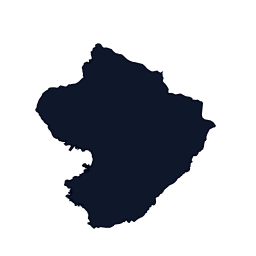 Kota Palopo, Sulawesi Selatan, Indonesia (orthographic projection), rotated 159°
{"feature_id": "22746128B54354608226928", "entity_name": "Kota Palopo", "entity_type": "district", "adm_level": 2, "iso_a3": "IDN", "parent_name": "Indonesia", "parent_adm1": "Sulawesi Selatan", "projection": "orthographic", "projection_center": [120.171, -2.987], "detail": "fine", "context": "isolated", "style": "filled", "palette": "ink", "viewbox_px": 256, "rotation_deg": 159, "n_neighbors": 0, "source": "geoboundaries", "source_scale": "gbopen_adm2", "svg_char_len": 5841}
<svg xmlns="http://www.w3.org/2000/svg" viewBox="0 0 256 256"><g transform="rotate(159 128 128)"><path d="M207.4,97.6L207.1,97.1L205.5,96.0L205.0,93.5L202.4,92.6L202.5,91.5L204.3,90.2L204.2,89.4L203.2,89.1L203.1,88.7L203.5,88.2L204.2,88.1L205.4,88.8L206.0,88.9L206.4,88.7L206.3,88.3L205.7,88.1L204.7,87.0L204.6,86.4L205.2,86.0L207.3,86.0L207.8,86.2L207.9,86.8L208.6,86.9L209.9,86.7L210.1,86.3L209.5,85.5L208.3,84.7L208.8,84.3L208.8,84.1L207.6,83.3L207.2,82.6L207.2,81.8L207.9,81.7L208.0,81.1L207.1,80.9L206.2,81.1L205.6,80.9L205.6,80.0L206.4,79.8L205.6,78.3L204.9,78.0L204.8,77.1L204.2,76.8L204.5,76.2L204.4,75.6L204.8,75.0L204.6,74.6L204.2,74.5L203.0,75.2L202.6,75.1L202.1,74.3L202.1,73.2L201.7,73.1L201.5,74.6L200.7,75.0L200.0,74.5L200.0,74.3L200.3,74.2L200.3,73.8L199.2,73.3L199.5,72.8L199.4,72.0L199.0,72.0L198.4,73.0L197.8,72.6L197.8,72.0L198.5,70.0L198.2,69.8L197.3,69.8L197.0,69.6L197.1,68.7L196.8,68.4L196.4,66.8L195.3,64.4L195.6,63.1L194.9,62.5L194.9,62.1L195.4,61.6L195.6,60.4L196.1,59.4L196.8,58.7L197.1,57.4L196.4,56.9L196.6,55.6L196.3,53.7L197.0,53.3L197.7,53.2L199.2,53.5L199.4,53.0L197.6,51.3L196.0,47.5L195.6,47.0L195.1,46.9L193.4,47.7L192.3,47.0L191.3,45.9L190.4,46.1L188.3,45.9L187.8,45.4L184.1,43.4L180.4,42.0L176.7,42.4L176.1,43.0L174.5,43.2L169.7,42.1L167.6,42.1L165.6,43.1L165.6,42.5L164.9,42.1L162.9,43.3L162.2,43.0L161.3,40.2L160.8,39.7L160.4,39.7L158.8,41.0L158.0,41.1L156.9,40.5L156.1,39.1L155.7,38.8L155.0,38.9L152.9,39.8L152.1,39.8L151.3,40.3L149.9,40.2L148.8,40.6L147.0,40.4L144.8,41.1L143.5,41.9L143.2,42.4L142.7,42.7L141.1,42.9L140.4,44.2L139.9,44.5L138.0,44.8L137.1,46.6L136.5,46.9L135.7,46.7L134.6,47.0L134.1,48.1L133.6,48.4L132.4,48.2L131.9,47.4L131.5,47.2L130.4,47.5L129.6,48.2L128.8,49.6L128.0,52.8L127.5,53.6L123.9,53.8L122.3,55.2L121.7,55.4L120.1,55.3L119.5,55.9L118.4,56.2L117.7,57.1L115.8,58.2L113.4,59.0L113.1,59.3L112.0,59.4L111.0,60.0L109.8,60.3L106.3,60.5L104.4,60.9L102.0,62.0L99.8,63.7L97.7,63.8L95.9,64.7L95.0,64.7L94.0,65.6L91.4,66.1L90.3,67.0L90.1,67.1L89.0,66.3L88.3,66.4L88.1,66.9L87.7,66.5L87.3,66.7L86.7,66.5L85.4,67.7L85.2,68.2L85.7,68.8L85.5,69.2L84.6,69.6L84.0,70.1L83.2,72.0L82.1,73.7L80.8,73.5L80.5,73.8L80.9,75.1L80.5,76.0L77.2,79.2L74.7,78.2L73.8,78.2L71.7,79.7L71.2,80.6L70.7,81.0L68.7,80.8L67.4,81.6L66.0,81.8L64.1,84.2L63.6,85.5L61.5,88.6L61.1,88.9L60.2,88.9L59.4,89.5L58.7,91.9L57.1,94.0L52.6,98.1L48.1,98.6L46.7,98.3L45.9,98.8L46.9,102.6L48.3,104.4L48.8,105.0L53.7,108.0L55.5,111.0L55.0,114.2L49.8,124.5L50.1,125.9L51.4,126.4L53.0,128.8L54.6,129.1L58.5,131.1L58.0,132.6L59.5,134.3L63.3,136.5L66.9,140.7L71.9,141.6L74.7,144.3L78.0,145.5L78.2,146.5L78.1,147.7L76.9,149.7L76.9,150.7L77.4,153.3L78.1,155.8L78.8,156.9L79.5,159.1L78.8,160.8L77.8,161.7L77.6,162.3L77.8,164.4L77.2,165.6L77.1,167.1L76.7,167.5L78.3,167.3L79.8,169.1L80.4,170.4L81.5,170.7L83.9,171.0L85.8,171.6L87.6,173.5L89.6,176.5L90.5,179.3L92.0,182.0L97.9,186.1L100.4,187.5L103.0,189.9L104.8,192.2L107.7,198.1L108.5,198.8L109.8,199.3L112.1,201.2L112.9,201.3L114.6,204.2L115.7,207.1L118.8,209.7L120.5,210.6L121.8,210.8L122.4,211.3L123.2,212.2L123.9,215.5L124.7,216.5L125.6,217.0L126.4,217.2L128.3,216.8L128.8,214.9L129.7,214.7L131.7,214.5L132.4,213.5L132.6,212.6L135.1,211.9L135.1,210.9L135.6,209.9L135.9,206.9L136.7,204.6L138.2,204.8L138.4,204.7L139.5,205.1L139.8,204.3L139.8,202.9L140.4,202.7L141.3,202.7L142.8,204.0L145.5,203.8L146.4,202.3L148.6,201.1L149.0,199.9L148.9,199.1L149.6,196.9L149.7,195.0L150.6,193.2L150.6,191.3L150.3,190.8L153.5,189.9L156.2,188.6L158.5,187.9L161.2,187.6L165.2,188.6L166.2,188.5L167.3,189.2L168.0,189.2L170.1,188.2L171.3,188.3L172.3,188.7L175.9,191.2L176.9,191.0L178.3,190.1L179.6,190.3L180.7,190.6L181.8,191.4L185.0,192.6L186.4,193.0L187.7,192.9L188.3,192.0L191.9,191.4L195.1,190.3L196.4,188.7L200.6,185.8L204.4,181.6L204.6,180.8L206.5,178.3L207.1,178.3L207.4,178.0L207.3,176.7L205.6,174.2L205.8,172.0L205.0,169.7L205.1,168.2L204.8,167.0L204.5,166.2L203.9,165.8L203.8,164.2L203.2,163.9L203.7,163.6L202.8,161.8L202.1,161.0L200.8,158.2L201.7,157.9L202.0,157.2L201.9,155.3L201.0,153.7L200.9,152.5L200.6,152.3L200.7,150.4L200.5,150.1L200.8,148.9L200.3,146.5L199.2,144.8L198.7,144.6L198.1,144.0L196.7,144.1L196.5,143.7L196.8,143.6L196.9,143.1L196.6,142.6L196.7,141.6L196.3,140.9L195.2,140.3L194.0,139.2L193.4,139.1L193.1,138.8L191.9,138.3L190.7,138.2L190.6,137.4L191.4,136.7L191.5,136.1L192.8,135.9L192.5,135.2L192.2,134.9L191.8,135.0L191.9,134.3L189.6,134.0L188.3,133.6L187.9,133.4L187.1,132.1L187.0,131.2L190.5,128.6L189.8,127.7L185.5,130.2L184.1,130.8L183.6,130.8L183.3,130.3L183.5,130.2L183.2,129.7L182.9,129.8L182.4,129.0L183.9,128.3L183.7,127.6L182.4,128.1L182.2,127.5L180.8,127.4L180.6,127.1L181.1,126.7L180.5,126.8L178.6,125.3L178.6,124.8L178.9,124.4L178.4,123.8L178.8,123.3L178.6,122.8L177.1,122.4L176.7,122.6L176.5,122.9L175.4,123.4L174.8,123.0L174.2,123.0L173.7,122.5L172.4,122.1L172.1,120.6L171.3,119.9L170.8,119.8L170.4,119.4L171.0,118.0L170.7,117.4L170.7,116.5L170.3,115.9L170.8,115.4L171.4,113.8L171.2,111.6L171.8,110.7L172.4,109.3L172.7,109.3L174.5,107.0L174.7,105.9L175.5,106.1L176.1,105.6L176.7,105.4L177.2,105.7L178.2,104.7L179.4,105.1L180.1,104.8L180.2,104.3L179.9,103.7L180.0,102.1L180.4,101.7L182.6,102.3L184.1,101.8L187.1,101.6L188.3,100.8L188.8,101.3L189.5,101.4L189.9,100.3L191.1,99.4L191.3,100.0L192.3,100.0L193.9,101.2L195.4,101.5L196.8,101.2L196.8,100.4L198.2,99.8L201.4,99.5L203.6,101.1L205.4,100.8L206.3,98.9L207.4,97.6ZM182.0,110.1L183.7,109.2L183.6,108.5L183.3,108.1L182.4,107.9L181.9,107.4L181.7,107.0L181.8,106.4L181.3,105.7L180.3,105.8L179.8,106.4L179.9,107.3L180.9,109.8L182.0,110.1ZM181.9,102.7L181.3,102.4L181.2,103.2L182.0,104.1L183.5,104.2L184.3,103.6L184.2,103.0L183.8,102.7L181.9,102.7ZM179.5,106.9L179.1,106.4L178.4,106.5L178.0,107.0L178.0,107.4L178.7,107.1L179.3,107.3L179.5,106.9Z" fill="#0f172a" stroke="#020617" stroke-width="1.5"/></g></svg>